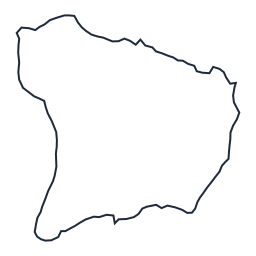 Jeriquara, São Paulo, Brazil
{"feature_id": "56859067B66998446193520", "entity_name": "Jeriquara", "entity_type": "district", "adm_level": 2, "iso_a3": "BRA", "parent_name": "Brazil", "parent_adm1": "São Paulo", "projection": "robinson", "projection_center": [-47.576, -20.342], "detail": "fine", "context": "isolated", "style": "outline", "palette": "slate", "viewbox_px": 256, "rotation_deg": 0, "n_neighbors": 0, "source": "geoboundaries", "source_scale": "gbopen_adm2", "svg_char_len": 1478}
<svg xmlns="http://www.w3.org/2000/svg" viewBox="0 0 256 256"><path d="M16.7,33.0L19.2,38.6L18.5,45.2L18.2,52.8L19.2,62.5L18.3,72.2L19.2,79.7L23.0,87.8L29.8,93.0L34.1,96.3L39.0,98.4L44.2,100.9L45.8,107.4L47.8,113.4L51.7,120.9L56.2,132.0L56.9,140.0L56.7,147.0L55.9,153.5L56.4,166.6L54.6,176.0L52.9,181.4L48.2,190.9L45.3,198.9L42.1,207.0L40.6,212.1L37.4,217.8L36.2,223.3L34.7,232.0L37.1,236.6L41.1,239.3L45.3,240.6L51.3,240.3L58.3,237.0L61.1,231.1L65.4,231.1L70.3,228.4L74.8,226.0L79.5,223.0L85.5,219.5L93.8,216.7L99.3,217.1L106.5,214.8L113.4,215.5L114.8,223.3L118.7,219.3L126.4,219.0L133.9,217.1L138.5,214.0L142.3,208.6L146.8,206.7L156.2,204.8L161.6,208.1L167.4,205.6L175.0,207.3L182.1,209.8L187.2,212.9L192.0,212.7L195.2,208.6L197.4,202.1L200.0,197.5L203.0,193.5L207.0,187.7L211.5,182.0L215.2,177.1L219.5,171.7L221.9,165.8L225.1,162.2L228.5,158.9L229.0,151.6L229.6,145.3L230.3,139.1L230.5,132.5L233.1,125.6L237.0,119.1L239.3,112.6L236.2,106.8L233.9,102.2L233.1,95.6L234.4,87.8L235.8,82.9L230.2,83.7L226.1,77.4L223.8,72.2L219.5,68.9L213.2,66.9L209.4,73.2L202.3,72.7L196.7,71.2L194.3,65.8L188.2,63.9L182.8,60.7L177.8,60.4L173.4,57.5L167.7,55.6L162.0,53.3L156.0,51.4L152.4,47.4L145.3,45.5L140.4,39.6L135.7,44.7L130.0,40.8L124.4,38.6L118.6,41.2L112.4,41.4L103.1,37.6L97.6,36.5L91.5,34.6L85.8,30.8L81.8,27.3L78.1,22.7L74.3,15.9L69.1,15.4L64.4,15.4L55.9,18.0L49.8,20.2L44.6,24.4L39.4,27.0L35.3,30.1L28.9,28.2L21.5,27.6L16.7,33.0Z" fill="none" stroke="#1e293b" stroke-width="2"/></svg>